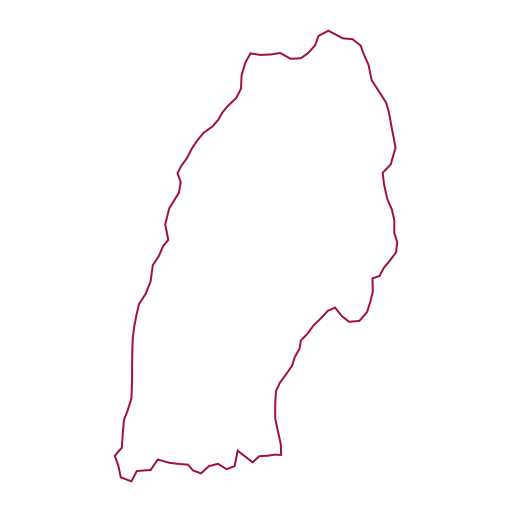 São João das Duas Pontes, São Paulo, Brazil
{"feature_id": "56859067B69190017157520", "entity_name": "São João das Duas Pontes", "entity_type": "district", "adm_level": 2, "iso_a3": "BRA", "parent_name": "Brazil", "parent_adm1": "São Paulo", "projection": "equal_earth", "projection_center": [-50.384, -20.408], "detail": "fine", "context": "isolated", "style": "outline", "palette": "rose", "viewbox_px": 512, "rotation_deg": 0, "n_neighbors": 0, "source": "geoboundaries", "source_scale": "gbopen_adm2", "svg_char_len": 1522}
<svg xmlns="http://www.w3.org/2000/svg" viewBox="0 0 512 512"><path d="M152.8,265.2L150.6,281.2L145.8,293.6L139.1,303.9L136.6,314.2L134.4,325.6L132.8,337.5L132.3,351.3L132.1,365.3L132.1,380.0L131.4,398.5L127.1,412.1L124.0,419.7L122.7,434.8L121.8,447.7L114.8,455.8L118.3,465.6L120.8,477.4L131.4,481.3L136.9,471.0L150.6,470.0L157.8,459.5L169.3,462.8L177.4,463.8L188.1,464.7L192.9,470.4L201.0,473.4L208.9,466.2L217.9,463.8L226.5,469.1L234.6,466.2L237.7,450.7L246.2,457.3L252.6,462.3L259.3,456.2L267.8,455.7L274.4,454.7L281.1,454.9L280.8,444.4L277.6,429.8L275.2,418.4L275.2,404.8L275.9,391.3L279.8,382.8L286.3,374.0L292.0,365.8L294.9,356.8L299.5,348.9L300.9,340.4L306.8,334.5L313.8,325.1L320.6,318.6L327.7,310.9L335.0,307.6L341.9,316.1L349.1,321.8L359.4,320.9L367.1,312.0L370.4,301.5L372.8,291.5L372.5,278.3L379.5,276.0L383.8,267.9L389.8,260.7L396.1,252.2L397.2,242.3L394.3,232.9L394.3,220.2L391.9,209.6L387.3,199.1L384.0,184.2L382.7,172.8L390.8,164.3L395.5,147.7L393.5,136.8L391.2,125.0L389.1,113.2L386.3,103.0L379.8,92.7L371.7,80.3L368.5,64.8L363.6,54.0L360.6,45.5L352.5,39.2L342.6,38.3L328.4,30.7L318.5,35.9L315.1,45.3L308.2,53.0L300.9,58.2L290.6,58.8L280.2,53.0L270.6,54.5L260.4,54.9L250.5,53.4L245.5,62.4L241.6,75.2L241.0,88.5L236.3,97.9L227.8,106.0L222.3,112.6L218.3,119.8L212.3,126.5L203.5,132.9L197.2,140.5L192.2,148.0L187.0,158.0L181.4,165.7L177.5,173.1L180.7,182.2L178.9,192.7L174.6,199.7L169.3,208.2L165.2,224.4L168.3,239.9L163.4,245.6L158.8,256.1L152.8,265.2Z" fill="none" stroke="#9f1239" stroke-width="2"/></svg>